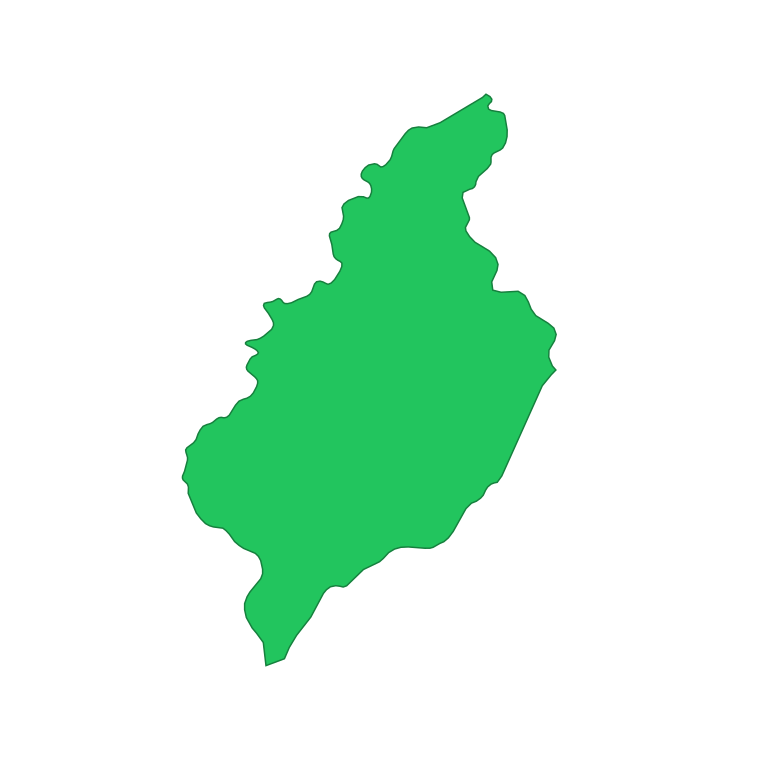 SVG path tracing the border of Arad, rotated 117°
{"feature_id": "ROU-276", "entity_name": "Arad", "entity_type": "County", "adm_level": 1, "iso_a3": "ROU", "parent_name": "Romania", "parent_adm1": "", "projection": "equal_earth", "projection_center": [21.659, 46.275], "detail": "fine", "context": "isolated", "style": "filled", "palette": "green", "viewbox_px": 768, "rotation_deg": 117, "n_neighbors": 0, "source": "natural_earth", "source_scale": "10m", "svg_char_len": 3339}
<svg xmlns="http://www.w3.org/2000/svg" viewBox="0 0 768 768"><g transform="rotate(117 384 384)"><path d="M278.9,252.4L285.3,249.4L291.5,242.2L293.5,237.2L299.9,239.2L313.7,242.2L412.5,237.3L420.2,238.5L422.1,240.9L424.5,243.1L428.6,244.9L432.4,245.3L438.0,245.1L441.8,246.1L446.5,248.5L450.5,252.0L457.8,254.4L483.9,255.4L491.9,256.8L497.4,259.1L500.6,261.8L507.2,266.1L509.5,268.6L511.8,273.1L518.2,288.5L521.8,294.8L526.3,299.7L532.1,303.3L539.6,305.4L544.4,307.3L558.6,318.1L580.8,325.7L583.4,328.2L584.2,331.5L585.6,335.4L589.0,339.7L593.4,341.9L598.0,342.9L624.9,343.4L647.6,347.8L661.6,348.8L674.0,348.0L688.5,361.3L669.1,374.2L663.9,384.4L661.3,390.6L654.6,400.6L648.4,405.7L642.9,408.5L635.7,409.4L630.1,409.0L613.5,405.4L608.2,406.0L604.1,408.1L597.3,413.7L594.6,417.6L593.3,421.8L594.2,434.4L593.6,439.8L592.2,445.6L588.0,453.6L586.3,458.3L585.6,462.1L588.8,471.1L589.5,475.1L589.4,479.7L587.3,486.0L584.1,492.7L570.3,508.8L564.9,511.3L563.7,512.3L562.3,513.9L560.6,519.5L559.3,520.9L557.5,521.7L552.3,522.1L541.2,524.5L538.8,525.6L536.7,527.5L534.9,529.3L532.8,530.8L530.2,530.6L522.9,527.0L518.8,526.2L512.8,527.0L508.2,526.9L503.8,526.0L500.6,523.4L498.3,520.9L496.1,519.3L491.2,517.2L488.9,515.7L487.6,513.9L486.8,511.2L485.1,509.1L482.1,507.7L470.3,506.7L465.1,505.4L461.4,502.4L458.9,499.7L455.6,497.5L451.3,496.4L444.2,496.3L440.7,496.9L438.4,498.1L437.2,500.0L436.3,502.4L434.3,511.0L433.2,513.0L431.5,514.3L429.1,514.7L422.5,514.6L419.6,513.8L416.9,511.5L414.8,510.2L413.2,510.1L411.8,512.4L411.4,515.1L411.3,518.3L411.6,523.6L411.1,525.6L409.9,526.1L408.1,525.3L405.6,522.5L402.0,517.2L399.4,515.0L396.0,512.9L386.3,508.9L382.1,509.0L379.6,510.3L377.5,512.7L373.5,519.1L370.5,525.2L368.7,527.0L366.5,527.3L364.3,524.9L362.7,522.5L360.9,520.5L357.1,518.0L355.8,516.9L355.4,515.1L355.9,513.2L357.0,511.2L357.4,509.1L356.2,506.4L353.6,503.3L347.6,498.8L340.9,492.6L337.9,490.9L334.6,490.3L326.5,491.3L323.5,490.5L321.4,487.7L320.8,484.7L320.8,481.7L320.6,479.1L318.0,476.9L313.4,475.4L303.5,474.5L298.5,474.9L295.4,476.4L294.7,478.6L294.7,481.3L294.3,483.8L293.2,486.3L291.3,488.2L283.4,493.8L276.8,499.9L274.7,500.7L272.8,500.2L268.6,495.8L265.5,494.3L260.4,494.3L256.1,494.9L252.8,496.2L245.9,501.5L241.7,501.4L236.6,499.0L228.7,492.0L226.5,487.3L226.2,483.8L225.4,482.3L223.3,481.6L218.8,482.2L215.8,483.6L213.2,485.8L211.8,487.9L211.3,490.1L211.2,494.5L210.7,496.6L209.5,498.4L207.3,499.6L204.1,499.9L199.8,499.0L195.9,497.1L192.1,492.5L191.4,489.9L192.1,485.4L190.8,483.6L187.8,481.9L181.4,480.3L177.7,480.5L172.2,481.7L169.6,481.8L151.2,478.7L146.8,477.4L143.2,475.2L139.3,469.9L136.3,462.3L125.8,452.7L83.9,426.3L79.5,424.7L79.8,420.1L81.3,417.2L83.6,416.5L86.3,417.4L89.1,417.8L91.6,415.6L91.6,412.5L88.9,404.0L88.7,400.4L90.0,398.3L101.7,389.6L104.4,388.3L107.7,386.7L114.0,385.2L119.9,385.4L122.7,386.7L128.0,390.7L130.4,391.8L133.4,391.6L137.7,389.4L139.7,388.8L145.1,389.8L156.1,394.1L162.0,393.9L164.7,392.9L167.2,392.9L169.6,393.9L171.6,396.1L177.4,400.6L182.7,398.8L197.0,383.4L198.9,382.5L207.6,382.5L210.4,380.5L213.8,374.7L216.4,367.3L217.7,350.3L220.7,341.9L225.7,336.7L231.5,334.9L244.1,334.4L251.0,329.7L249.1,321.3L240.5,306.6L241.2,298.7L245.4,292.6L250.5,286.9L254.2,279.8L255.4,265.2L257.1,258.0L261.7,253.1L268.0,251.7L278.9,252.4Z" fill="#22c55e" stroke="#15803d" stroke-width="1.5"/></g></svg>